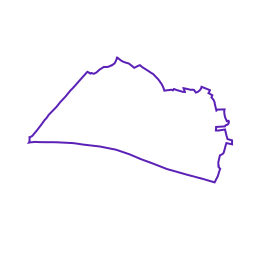 the district of Suan, Atlántico, Colombia, rotated 78°
{"feature_id": "7082276B14596703895103", "entity_name": "Suan", "entity_type": "district", "adm_level": 2, "iso_a3": "COL", "parent_name": "Colombia", "parent_adm1": "Atlántico", "projection": "mercator", "projection_center": [-74.923, 10.304], "detail": "fine", "context": "isolated", "style": "outline", "palette": "violet", "viewbox_px": 256, "rotation_deg": 78, "n_neighbors": 0, "source": "geoboundaries", "source_scale": "gbopen_adm2", "svg_char_len": 3735}
<svg xmlns="http://www.w3.org/2000/svg" viewBox="0 0 256 256"><g transform="rotate(78 128 128)"><path d="M103.8,58.1L103.7,58.7L103.5,59.1L102.1,62.0L100.6,65.4L101.2,65.4L102.0,65.2L102.6,65.1L103.3,65.0L103.9,64.9L104.6,64.9L104.2,66.2L104.0,67.0L103.7,67.5L103.3,68.1L102.8,69.1L102.1,70.4L101.5,71.5L101.2,72.2L100.7,73.1L100.3,73.6L99.8,74.3L99.4,75.0L100.5,76.2L99.9,77.1L99.6,77.6L99.0,84.7L97.6,84.8L95.6,85.1L93.7,85.5L91.7,86.1L91.0,86.5L88.3,87.5L86.0,88.7L84.3,89.8L80.3,92.3L78.9,93.9L76.7,96.0L75.5,97.2L72.6,100.2L70.8,101.9L69.0,103.3L69.1,104.0L69.2,104.5L69.3,105.2L69.5,106.0L69.6,106.3L69.8,107.0L70.0,107.7L70.2,108.4L70.3,109.0L70.4,109.4L70.2,109.5L65.9,113.1L65.4,113.5L64.9,114.1L64.5,114.9L64.0,115.9L63.6,116.6L63.2,117.3L62.8,117.9L62.1,118.9L61.8,119.4L61.4,119.8L60.8,120.5L60.2,121.1L59.8,121.5L59.0,122.0L58.7,122.3L58.4,122.5L58.2,122.9L57.9,123.1L57.4,123.4L57.0,123.6L56.8,123.9L56.8,124.2L56.8,124.3L57.1,124.4L57.4,124.5L57.6,124.5L58.0,124.6L58.3,124.8L58.5,124.9L58.9,125.3L59.4,125.6L60.1,126.1L62.0,127.7L62.9,129.8L63.0,129.9L63.0,130.0L63.1,130.3L63.2,130.5L63.2,130.8L63.3,130.8L63.3,131.0L63.4,131.3L63.4,131.5L63.5,131.6L63.5,131.8L63.5,132.0L63.6,132.5L63.7,132.8L63.7,133.0L63.8,133.1L63.8,133.3L63.8,133.5L63.9,133.8L63.9,134.0L63.9,134.3L63.9,134.5L63.9,134.8L63.9,135.0L64.0,135.0L64.0,135.3L64.0,135.5L63.9,136.1L63.8,136.7L63.6,137.5L63.4,138.3L63.2,138.9L63.5,139.6L64.8,143.2L64.9,143.6L65.2,144.0L65.4,144.4L65.7,145.0L66.2,145.7L66.7,146.6L67.0,147.1L67.3,147.9L67.4,148.3L67.5,148.7L67.6,149.0L67.7,149.3L67.8,150.0L67.7,150.4L67.6,150.7L67.4,151.0L67.2,151.4L67.1,151.6L66.7,152.0L66.6,152.4L66.6,152.6L66.6,152.8L66.8,153.1L67.0,153.3L66.8,153.7L65.9,154.4L65.8,154.5L65.8,154.8L65.1,155.4L64.6,156.1L70.6,164.3L72.8,167.3L74.8,169.9L78.0,174.4L79.4,176.6L84.1,182.4L88.7,189.0L92.3,193.3L95.7,198.4L98.7,202.9L100.4,204.6L101.0,205.2L101.2,205.5L102.1,206.7L102.7,207.7L102.8,207.8L105.7,211.0L105.8,211.1L108.0,213.6L111.9,218.2L114.1,221.1L115.0,222.1L115.6,223.0L116.1,223.8L116.2,224.3L116.6,225.8L116.5,226.2L117.5,226.4L119.2,226.8L120.7,227.2L121.7,228.0L121.7,226.8L122.3,221.6L123.5,217.2L127.0,201.2L129.7,191.1L131.5,184.4L133.0,180.3L134.9,175.3L140.2,159.5L146.7,144.3L154.1,131.9L161.0,122.1L167.9,111.1L176.2,98.5L185.9,80.1L193.4,65.3L199.2,54.6L193.8,50.2L188.4,47.2L187.1,46.3L185.0,47.5L184.1,47.1L183.9,47.1L183.9,47.4L181.4,47.0L180.8,46.8L180.7,46.8L180.4,46.8L174.3,44.0L174.1,43.9L173.9,43.8L173.9,43.6L173.8,43.3L173.4,41.9L173.0,40.7L172.0,39.5L171.6,39.3L170.8,38.9L169.9,38.4L168.2,37.5L164.9,35.9L164.5,35.6L163.2,34.9L165.6,29.6L161.7,28.8L160.6,30.9L160.3,31.6L159.5,33.0L158.1,33.0L156.6,33.2L154.7,33.3L149.6,33.4L149.4,37.5L149.4,38.7L149.3,39.4L149.2,40.4L149.0,41.1L148.9,42.0L148.7,42.6L146.4,41.9L145.3,41.6L146.6,32.8L146.3,32.6L145.9,32.3L145.6,31.8L145.5,31.3L145.5,30.6L145.4,30.0L145.1,29.4L144.6,28.9L144.0,28.4L143.4,28.2L143.1,28.1L142.9,28.1L142.4,28.0L142.1,28.0L141.9,28.1L141.8,28.4L141.8,28.6L142.0,28.9L142.2,29.3L142.2,29.6L142.1,29.9L141.8,30.0L141.4,30.0L141.0,30.0L140.8,30.1L139.1,30.5L137.8,30.8L136.6,30.8L135.0,30.8L133.5,30.7L132.3,30.5L131.0,30.2L129.9,29.7L128.6,36.5L129.3,37.9L122.7,38.1L122.1,38.1L121.6,38.0L121.0,38.0L120.0,38.1L118.9,38.3L118.3,38.5L117.3,39.0L116.7,39.3L115.7,39.8L115.5,40.0L113.5,38.7L110.6,42.0L110.1,41.5L109.3,40.8L108.6,40.4L108.0,40.0L105.6,43.6L103.0,47.5L103.6,47.8L104.3,48.2L104.9,48.7L105.6,49.4L106.2,50.2L106.5,50.8L106.8,51.5L107.1,52.1L107.3,53.0L107.4,53.5L107.4,54.1L107.4,54.3L107.1,54.4L106.9,54.5L106.3,54.8L105.6,55.0L105.2,55.2L104.8,55.4L104.5,55.5L104.3,55.9L104.2,56.5L103.9,57.0L103.8,57.5L103.8,58.1Z" fill="none" stroke="#5b21b6" stroke-width="2"/></g></svg>